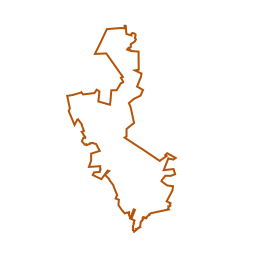 the district of Magdalena, Sonora, Mexico, rotated 22°
{"feature_id": "50627088B62181575538167", "entity_name": "Magdalena", "entity_type": "district", "adm_level": 2, "iso_a3": "MEX", "parent_name": "Mexico", "parent_adm1": "Sonora", "projection": "albers", "projection_center": [-110.948, 30.763], "detail": "fine", "context": "isolated", "style": "outline", "palette": "amber", "viewbox_px": 256, "rotation_deg": 22, "n_neighbors": 0, "source": "geoboundaries", "source_scale": "gbopen_adm2", "svg_char_len": 4618}
<svg xmlns="http://www.w3.org/2000/svg" viewBox="0 0 256 256"><g transform="rotate(22 128 128)"><path d="M83.7,38.1L71.4,44.2L70.8,54.2L70.6,58.7L69.8,68.5L69.6,71.7L79.9,67.0L104.1,82.6L102.6,84.1L106.3,87.0L106.3,87.5L104.5,89.3L104.1,92.4L103.3,97.3L98.4,99.3L101.6,109.4L102.5,113.2L90.6,114.5L87.8,104.8L84.6,104.2L83.8,108.2L73.8,113.7L71.5,112.4L71.5,112.5L64.4,118.1L59.6,121.0L66.7,131.5L66.7,134.5L77.3,145.2L77.4,143.4L77.9,139.0L78.3,138.6L84.1,142.1L84.1,142.7L87.3,146.1L88.2,147.2L86.5,148.9L88.8,150.3L89.2,151.0L91.9,152.5L92.1,153.2L91.0,153.3L90.3,153.9L90.2,156.4L90.3,157.7L91.7,158.4L92.6,158.7L93.2,159.1L94.3,159.6L94.4,159.4L95.4,158.7L95.9,159.4L96.0,159.4L99.2,156.4L98.9,156.2L100.6,155.1L101.0,155.0L101.4,155.1L104.4,154.8L110.4,159.8L103.4,165.6L106.0,171.9L106.4,178.7L116.4,173.9L116.4,174.0L116.5,174.2L116.6,174.4L116.7,174.5L116.8,174.7L117.0,175.1L117.2,175.5L117.5,175.7L118.0,176.6L117.8,176.7L117.8,176.8L117.7,177.1L118.3,179.3L113.2,181.8L112.9,184.8L122.5,185.4L125.1,175.1L126.6,175.0L124.2,180.0L129.8,182.4L129.9,182.9L130.7,183.5L135.8,186.5L136.6,187.6L142.8,194.0L143.2,194.4L142.9,195.5L143.0,198.0L146.4,197.9L148.0,203.0L152.7,206.2L157.0,208.4L157.3,208.0L157.8,207.7L158.2,207.3L158.4,207.1L158.5,207.0L158.7,206.8L158.9,206.8L159.4,206.8L159.7,206.8L160.0,206.7L160.2,206.4L160.1,206.1L160.2,205.9L160.3,205.8L160.4,205.7L160.5,205.6L161.0,206.5L161.1,207.0L161.2,207.5L161.4,208.1L161.5,208.2L161.7,208.4L161.8,208.5L162.0,208.7L162.1,208.8L162.4,209.1L162.6,209.2L162.8,209.3L162.8,209.5L163.0,209.6L163.1,209.8L163.2,210.0L163.3,210.2L163.4,210.3L163.4,210.5L163.5,210.8L163.8,210.9L163.8,211.0L163.7,211.1L163.8,211.3L163.9,211.6L164.0,211.9L163.8,201.3L165.1,201.3L165.2,211.1L168.7,211.3L168.9,214.4L169.3,214.5L169.4,217.3L169.6,217.5L169.6,217.8L169.6,218.0L169.8,218.3L170.0,218.5L170.3,219.0L170.4,219.3L170.3,219.6L170.3,219.8L170.4,220.2L170.4,220.3L170.5,220.5L170.7,220.8L170.8,220.8L171.0,220.8L171.1,220.7L171.3,220.6L171.6,220.9L171.8,220.9L171.9,221.1L172.1,221.5L172.5,221.9L173.4,220.3L174.1,219.0L173.5,218.5L174.2,218.1L174.3,217.9L174.4,217.7L174.5,217.7L174.8,217.5L174.8,217.4L174.8,217.2L175.0,217.2L175.1,216.9L175.1,216.7L175.3,216.5L175.4,216.4L175.5,216.4L175.6,216.2L175.7,215.9L175.8,215.8L175.7,215.8L175.7,215.7L175.8,215.7L176.0,215.5L176.1,215.3L176.3,215.3L176.3,215.2L175.0,210.7L175.1,210.3L175.2,210.1L175.3,209.9L175.3,209.3L175.5,209.1L175.7,208.9L175.7,208.1L175.9,207.9L175.9,207.7L176.0,207.6L176.1,207.4L175.9,207.3L175.7,207.2L175.7,206.9L175.6,206.6L175.4,206.1L175.2,205.8L175.2,205.7L175.3,205.4L175.2,205.2L175.3,205.0L175.4,204.9L176.0,204.9L176.4,204.8L176.4,205.0L176.5,205.1L176.8,205.2L177.2,205.3L177.3,205.3L177.6,205.3L177.7,205.2L177.8,205.2L178.0,205.1L178.3,205.1L178.5,205.0L178.7,204.9L178.8,204.8L178.8,204.7L178.8,204.3L178.8,204.1L178.9,203.9L178.9,203.7L178.8,203.4L178.7,203.4L178.8,203.1L178.9,202.9L179.0,202.8L179.1,202.6L179.2,202.4L179.3,202.2L179.4,201.9L179.5,201.7L179.6,201.4L179.6,201.2L180.0,201.0L180.0,200.9L180.0,200.7L180.2,200.8L180.3,200.8L180.5,200.7L180.7,198.8L190.2,192.3L196.4,188.2L195.3,187.6L195.5,186.5L194.7,185.6L196.3,184.5L196.3,183.7L195.0,182.5L195.4,181.8L191.3,181.5L192.6,169.1L191.5,165.1L186.0,166.6L179.0,164.9L178.9,163.7L180.5,158.3L185.8,156.2L189.0,153.2L185.6,149.0L176.9,153.7L176.8,141.0L177.8,141.1L182.0,140.2L183.4,137.9L179.1,137.4L173.8,136.7L172.7,139.1L174.3,139.5L169.7,146.6L150.8,142.6L149.7,142.3L149.4,142.2L147.6,142.0L128.5,138.2L129.8,136.3L127.0,129.5L131.7,121.0L122.4,107.4L119.5,104.6L122.7,98.6L127.4,93.4L127.7,87.1L120.9,86.2L120.8,75.5L120.1,72.4L117.6,72.3L112.8,72.0L116.1,69.9L111.4,58.7L109.2,53.2L101.9,55.5L101.3,55.0L100.3,54.9L100.0,55.6L97.8,55.6L98.5,53.3L99.1,53.2L99.5,53.1L99.8,52.8L100.1,52.4L100.2,51.9L100.2,51.6L100.2,51.3L100.1,51.0L99.9,50.9L99.6,50.7L99.5,50.4L99.4,50.1L99.3,49.7L99.2,49.4L99.2,49.1L99.3,48.9L99.5,48.7L99.9,48.3L100.1,47.9L100.3,47.7L100.5,47.4L100.8,47.0L101.0,46.7L101.1,46.4L101.4,45.9L101.5,45.6L101.8,45.3L101.9,45.1L102.0,45.0L102.0,44.8L101.9,44.6L101.9,44.4L101.9,44.1L102.0,43.9L102.0,43.7L102.1,43.4L102.2,43.2L102.1,42.9L102.0,42.7L101.9,42.6L101.7,42.5L101.5,42.3L101.3,42.2L101.1,42.1L100.7,42.0L100.7,41.7L100.5,41.2L100.5,40.5L100.5,39.9L100.4,39.6L100.3,39.4L100.3,39.2L100.2,39.0L100.1,38.7L99.9,38.4L99.6,38.4L99.4,38.3L99.1,38.2L98.9,38.1L98.6,38.1L98.2,38.1L97.8,38.0L97.6,38.1L97.3,38.1L96.6,38.3L96.4,38.4L96.3,38.6L96.2,38.7L96.0,39.0L95.9,39.2L96.5,40.9L91.3,41.4L87.6,34.1L86.5,34.5L87.4,36.9L83.7,38.1Z" fill="none" stroke="#b45309" stroke-width="2"/></g></svg>